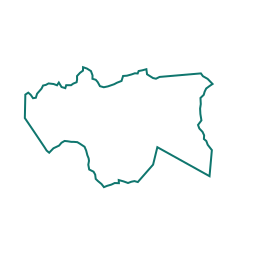 Jacuípe, Alagoas, Brazil (Mercator projection), rotated 341°
{"feature_id": "56859067B28231975677690", "entity_name": "Jacuípe", "entity_type": "district", "adm_level": 2, "iso_a3": "BRA", "parent_name": "Brazil", "parent_adm1": "Alagoas", "projection": "mercator", "projection_center": [-35.457, -8.891], "detail": "fine", "context": "isolated", "style": "outline", "palette": "teal", "viewbox_px": 256, "rotation_deg": 341, "n_neighbors": 0, "source": "geoboundaries", "source_scale": "gbopen_adm2", "svg_char_len": 1394}
<svg xmlns="http://www.w3.org/2000/svg" viewBox="0 0 256 256"><g transform="rotate(341 128 128)"><path d="M41.8,63.0L33.7,85.0L37.7,99.8L42.9,119.4L43.7,122.8L45.4,125.7L50.9,122.9L57.1,122.2L60.3,120.3L63.8,119.6L66.6,120.9L69.8,122.6L72.3,123.5L75.5,124.9L77.5,127.3L80.8,131.6L81.1,135.7L80.7,140.6L80.9,143.8L80.4,146.4L78.5,149.8L77.8,154.6L81.2,158.1L81.8,161.4L80.9,165.6L82.3,168.4L84.7,172.3L86.0,176.1L89.3,175.9L93.9,176.1L97.5,175.7L101.4,177.2L102.3,174.2L106.5,177.1L110.1,180.0L113.8,179.9L116.8,180.3L119.7,182.3L139.8,170.8L149.5,155.7L189.4,200.1L200.1,176.2L197.9,169.8L197.8,165.8L196.2,163.1L197.6,159.7L197.2,155.9L195.3,151.7L195.2,147.9L199.9,144.7L201.0,138.3L202.5,133.1L204.6,129.1L206.3,123.2L210.4,121.3L212.3,118.6L214.8,116.1L218.6,114.9L222.3,113.9L219.3,107.5L215.7,103.4L214.7,100.1L174.5,90.0L170.5,90.5L167.9,88.9L163.5,83.4L164.5,78.4L160.2,78.1L156.6,77.6L154.9,79.6L152.3,78.5L148.7,78.5L144.0,78.2L140.3,77.2L137.2,81.4L132.3,81.6L129.1,82.1L126.5,82.1L122.5,82.1L118.4,81.6L115.1,79.3L114.3,74.7L113.2,71.9L110.4,69.9L111.6,66.7L111.5,62.1L108.5,58.4L105.3,55.9L104.1,59.1L100.6,60.2L96.7,62.3L95.6,65.7L94.3,68.0L90.7,68.2L88.1,69.0L83.5,67.4L81.7,69.9L78.5,67.6L77.4,62.5L74.8,64.5L72.0,62.2L67.4,60.0L64.4,60.5L61.5,60.2L59.1,62.6L53.2,66.0L50.7,69.4L47.9,68.9L46.8,64.9L45.2,62.1L41.8,63.0Z" fill="none" stroke="#0f766e" stroke-width="2"/></g></svg>